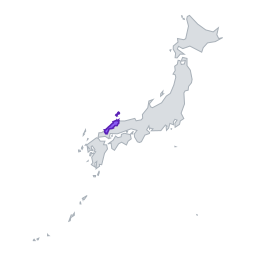 Shimane highlighted on a map of Japan
{"feature_id": "JPN-1824", "entity_name": "Shimane", "entity_type": "Prefecture", "adm_level": 1, "iso_a3": "JPN", "parent_name": "Japan", "parent_adm1": "", "projection": "natural_earth1", "projection_center": [132.68, 35.321], "detail": "fine", "context": "in_parent", "style": "filled", "palette": "violet", "viewbox_px": 256, "rotation_deg": 0, "n_neighbors": 0, "source": "natural_earth", "source_scale": "10m", "svg_char_len": 6367}
<svg xmlns="http://www.w3.org/2000/svg" viewBox="0 0 256 256"><path d="M182.6,57.4L187.0,58.4L187.0,65.6L190.3,70.2L192.1,79.3L191.5,82.7L188.6,86.4L188.1,90.2L185.1,90.9L183.9,92.9L184.5,103.9L181.1,113.2L183.8,118.6L180.3,120.9L179.5,124.4L175.1,127.3L174.9,123.2L177.1,120.1L174.9,119.3L173.3,122.0L173.6,124.8L169.9,123.4L168.6,128.1L166.5,130.4L166.1,126.6L167.0,126.1L165.4,125.0L160.9,130.6L151.2,130.8L153.0,128.8L150.3,128.1L149.5,129.2L148.9,125.8L146.6,129.8L149.6,132.4L149.4,133.5L144.9,135.1L141.4,141.7L139.5,142.5L137.4,141.8L134.5,136.9L134.3,133.9L137.0,130.4L131.1,128.8L117.4,133.8L110.2,133.5L108.8,138.7L105.3,136.4L98.1,137.3L98.9,132.8L101.9,132.6L115.5,120.9L124.6,121.0L134.8,118.4L136.1,120.8L141.1,119.9L142.7,118.2L142.4,114.5L147.8,107.8L148.9,101.0L153.0,99.5L149.4,103.8L150.5,106.8L152.5,107.7L161.6,102.8L166.3,96.1L170.3,93.4L173.8,85.1L175.8,77.2L175.2,74.8L173.0,74.1L175.2,70.5L174.7,66.2L177.3,64.3L178.1,60.3L180.1,60.6L181.3,64.5L184.4,63.9L185.3,60.5L181.6,61.2L181.6,60.0L182.6,57.4ZM205.7,29.9L213.2,31.9L218.4,27.7L216.8,34.7L218.7,38.5L222.7,37.6L215.3,41.6L207.5,42.9L203.2,47.7L201.7,52.2L189.9,46.1L182.8,48.6L178.5,46.3L177.3,49.1L184.3,54.2L180.2,54.1L177.1,57.9L175.1,57.7L175.6,53.1L173.2,49.2L173.3,46.0L178.0,42.1L177.5,38.5L183.8,39.7L185.7,38.7L188.5,26.1L186.7,19.1L187.3,16.5L189.5,15.4L197.7,24.1L205.7,29.9ZM100.3,141.2L104.9,141.2L103.5,144.7L106.6,144.9L107.5,148.9L104.5,153.3L101.7,164.7L99.3,164.3L99.6,166.2L96.0,168.8L96.8,161.4L94.9,163.0L95.1,167.1L91.3,164.6L92.8,162.6L91.7,157.3L95.7,151.7L94.4,151.3L94.9,149.4L92.2,145.8L91.2,146.5L91.6,149.2L92.9,149.2L93.1,150.8L90.6,150.1L88.1,152.2L87.3,147.0L90.0,149.2L86.5,145.1L96.4,137.8L98.4,138.4L100.3,141.2ZM124.3,133.3L130.3,134.6L131.2,138.9L128.1,141.2L126.4,145.0L121.6,142.2L118.6,143.8L114.5,150.3L111.8,148.5L111.1,143.1L107.8,144.0L113.1,140.3L115.6,136.0L117.8,137.7L121.2,136.8L121.4,134.4L124.3,133.3ZM74.3,215.3L70.8,217.6L70.2,220.7L68.8,221.3L71.2,214.9L72.8,215.2L74.3,212.9L74.3,215.3ZM163.6,93.8L160.6,96.3L160.8,93.6L162.9,91.1L162.5,93.7L163.6,93.8ZM87.1,195.5L84.2,199.6L82.4,198.3L87.1,195.5ZM90.8,155.9L89.7,155.7L90.2,152.8L91.5,152.5L90.8,155.9ZM132.8,133.9L130.6,133.9L133.4,131.2L132.6,132.8L132.8,133.9ZM95.4,176.8L93.8,176.8L93.3,175.5L95.6,175.5L95.4,176.8ZM85.7,131.2L83.9,133.1L85.5,129.7L85.7,131.2ZM98.3,175.4L97.5,174.9L99.2,170.8L99.2,172.8L98.3,175.4ZM78.5,150.0L80.0,150.2L80.5,151.4L78.7,151.9L78.5,150.0ZM84.5,134.0L83.2,135.5L83.4,133.6L84.5,134.0ZM35.1,240.6L33.3,240.6L33.3,240.2L34.1,239.2L35.1,240.6ZM119.3,113.5L118.2,113.8L117.9,112.6L118.7,112.1L119.3,113.5ZM82.1,149.4L81.4,148.2L82.4,146.2L83.0,147.7L82.1,149.4ZM38.8,238.1L38.2,239.8L37.3,239.9L36.9,239.0L38.8,238.1ZM80.9,204.0L80.0,203.9L80.1,202.1L80.5,201.9L80.9,204.0ZM184.4,19.4L183.1,19.1L183.0,18.5L184.0,18.3L184.4,19.4ZM94.1,152.8L92.6,153.8L92.2,153.4L94.1,152.8ZM170.5,51.1L169.8,50.1L170.9,49.7L170.5,51.1ZM109.3,138.4L110.2,138.0L111.3,137.9L109.3,138.4ZM182.3,16.0L182.2,17.9L181.6,15.8L182.3,16.0ZM85.9,144.6L84.7,145.8L86.4,143.8L85.9,144.6ZM49.1,235.7L47.5,235.8L47.6,234.3L48.1,235.0L49.1,235.7ZM88.3,138.8L87.4,139.8L87.7,138.5L88.3,138.8ZM127.6,131.3L127.0,132.5L126.3,131.5L127.6,131.3ZM83.2,199.1L83.0,199.9L82.7,198.9L83.2,199.1ZM171.6,128.7L171.3,129.7L171.1,128.7L171.6,128.7ZM88.2,161.1L87.5,161.3L88.2,160.6L88.2,161.1ZM112.2,135.2L112.3,136.2L111.5,136.1L112.2,135.2ZM175.8,146.7L174.9,146.8L174.9,146.3L175.8,146.7ZM197.2,214.7L197.3,215.7L196.8,214.6L197.2,214.7Z" fill="#d9dde1" stroke="#a8b0b8" stroke-width="1"/><path d="M104.7,129.8L104.8,129.8L105.0,129.8L105.3,129.8L105.7,129.7L106.0,129.6L106.3,129.4L106.3,129.1L106.4,128.9L106.6,128.9L106.9,128.6L107.1,128.3L107.5,128.1L107.7,127.8L107.8,127.7L108.0,127.7L108.1,127.3L108.5,127.0L108.7,126.8L108.9,126.6L109.4,126.2L109.6,126.0L109.9,125.9L110.1,125.8L110.3,125.7L110.3,125.4L110.6,125.2L110.8,125.0L110.9,124.9L111.0,124.6L111.6,124.1L111.8,123.9L112.1,123.7L112.3,123.6L112.5,123.4L112.9,123.3L113.0,123.2L113.2,122.8L113.3,122.6L113.3,122.4L113.3,122.2L113.2,122.0L113.0,121.9L112.9,121.8L113.0,121.7L113.4,121.6L113.6,121.6L113.8,121.6L114.0,121.5L113.9,121.4L114.0,121.3L114.2,121.2L114.5,121.1L115.0,120.9L115.5,120.9L115.9,120.8L115.9,120.6L116.1,120.6L116.3,120.6L116.5,120.4L116.6,120.2L116.8,120.2L116.9,119.9L117.0,120.0L117.3,120.3L117.5,120.4L117.8,120.3L118.1,120.1L118.0,120.3L118.4,120.2L118.6,120.2L118.8,120.2L118.9,120.3L118.7,120.4L118.6,120.5L118.3,120.6L117.9,120.8L118.0,121.0L118.1,121.3L118.3,121.5L118.5,121.7L118.9,121.8L118.9,122.0L118.7,122.2L118.7,122.8L118.7,123.1L118.7,123.3L118.7,123.5L117.7,124.0L117.6,124.3L117.6,124.5L117.4,125.1L117.2,125.6L116.6,125.7L116.3,125.6L116.1,125.5L115.7,125.6L115.1,125.5L114.9,125.6L114.7,125.8L114.5,126.1L114.0,126.8L113.8,126.9L113.7,126.9L113.5,127.0L113.4,127.1L113.1,127.4L113.1,127.5L113.3,127.8L113.4,128.0L112.6,128.3L112.2,128.5L111.9,128.6L111.6,128.6L111.4,128.5L111.2,128.5L110.9,128.7L110.7,128.6L110.2,128.7L110.0,128.8L109.9,128.8L109.8,128.7L109.7,128.7L109.5,128.9L109.3,129.0L108.8,129.4L108.8,129.5L108.7,129.6L108.8,129.7L108.8,129.9L108.8,130.0L108.6,130.2L108.6,130.3L108.5,130.5L108.5,130.8L108.3,131.1L108.1,131.4L107.9,131.6L107.9,131.9L107.9,132.0L107.4,132.6L107.4,132.9L107.5,133.0L107.2,133.3L107.1,133.6L107.0,133.8L106.9,133.7L106.7,133.6L106.2,133.8L105.9,133.8L105.7,133.8L105.6,133.7L105.4,133.4L105.4,133.1L105.4,132.9L105.5,132.7L104.9,132.4L104.7,132.2L104.8,132.1L104.7,131.9L104.6,131.7L104.7,131.4L104.9,131.1L105.0,130.9L104.8,130.4L104.7,130.2L104.8,129.9L104.7,129.8ZM119.3,112.8L119.4,113.0L119.4,113.5L119.2,113.7L118.9,113.7L119.0,113.7L119.1,113.8L118.9,114.0L118.5,114.0L118.3,114.0L118.3,113.9L117.9,113.6L117.7,113.4L117.8,112.8L117.9,112.5L118.6,112.1L118.8,112.3L118.9,112.5L119.0,112.5L119.3,112.8ZM116.8,114.3L116.9,114.5L116.7,114.6L116.6,114.8L116.6,115.0L116.4,115.1L116.3,114.9L116.2,114.8L116.1,115.0L116.1,115.3L115.8,115.2L115.7,115.1L115.9,114.8L116.2,114.5L116.5,114.3L116.8,114.3ZM117.2,114.5L117.3,114.8L117.2,115.0L117.0,115.3L116.8,115.5L116.8,115.2L116.8,114.9L116.9,114.6L117.2,114.5ZM116.2,115.6L116.3,115.4L116.5,115.5L116.8,115.8L116.7,115.8L116.4,115.8L116.3,115.7L116.2,115.6L116.2,115.6ZM116.9,114.5L116.9,114.4L117.1,114.5L116.9,114.5L116.9,114.5Z" fill="#8b5cf6" stroke="#5b21b6" stroke-width="1.5"/></svg>